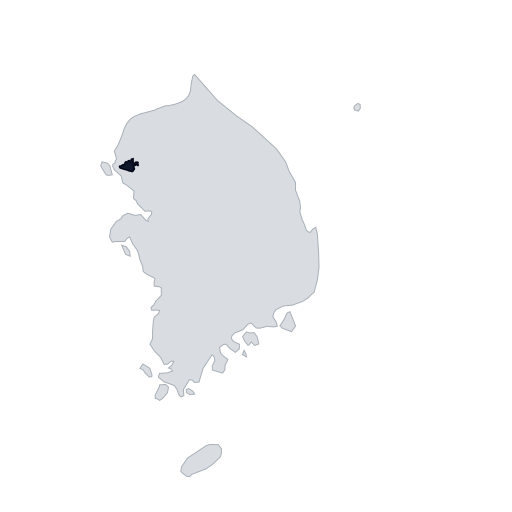 Goyang-si, Gyeonggi, South Korea shown in context, rotated 343°
{"feature_id": "91817680B27371207272645", "entity_name": "Goyang-si", "entity_type": "district", "adm_level": 2, "iso_a3": "KOR", "parent_name": "South Korea", "parent_adm1": "Gyeonggi", "projection": "robinson", "projection_center": [126.873, 37.651], "detail": "fine", "context": "in_parent", "style": "filled", "palette": "ink", "viewbox_px": 512, "rotation_deg": 343, "n_neighbors": 0, "source": "geoboundaries", "source_scale": "gbopen_adm2", "svg_char_len": 4077}
<svg xmlns="http://www.w3.org/2000/svg" viewBox="0 0 512 512"><g transform="rotate(343 256 256)"><path d="M149.2,123.8L151.0,122.5L151.1,120.6L151.1,114.3L156.2,109.9L163.5,101.0L167.0,96.0L171.1,91.5L175.8,88.4L180.4,86.9L187.6,86.3L201.5,86.9L204.2,86.4L213.8,85.9L216.1,86.7L223.1,87.2L230.9,86.7L234.8,85.3L238.4,83.1L241.5,79.0L244.8,71.5L248.2,65.5L250.3,64.4L264.6,96.0L278.4,116.4L290.1,131.2L306.9,159.6L311.9,174.9L312.4,184.3L315.3,197.2L313.0,204.7L313.8,216.4L312.8,222.4L310.8,226.8L310.8,235.3L311.5,239.9L311.7,245.9L313.0,248.3L314.9,249.2L317.9,247.0L321.6,246.0L321.0,253.3L316.7,271.7L313.0,285.1L307.8,296.7L301.1,307.4L293.0,311.5L287.3,313.0L276.5,313.6L267.4,311.8L259.7,313.1L256.6,315.3L254.3,319.1L256.0,325.0L255.8,329.4L252.5,329.1L245.9,326.5L238.6,326.2L235.2,324.9L231.7,318.7L228.2,318.9L222.1,322.6L212.8,323.4L209.5,325.4L208.3,328.0L209.7,331.3L214.4,335.6L212.9,340.0L208.0,342.1L204.0,336.8L201.5,331.5L198.8,331.2L194.5,332.7L193.6,338.4L195.6,342.3L198.9,346.7L194.3,351.9L193.1,355.6L189.8,358.2L180.9,352.3L182.1,348.2L186.0,344.2L186.5,340.0L185.2,337.5L172.5,348.0L164.6,359.9L160.4,359.1L158.6,356.0L156.2,354.8L147.6,362.4L146.1,368.5L142.9,368.8L141.6,366.2L141.5,360.7L140.0,356.0L131.2,349.3L127.2,343.3L129.4,340.0L136.7,341.8L142.6,341.6L141.4,338.8L139.5,337.5L143.4,335.9L146.6,332.6L144.0,331.8L139.9,333.6L136.4,332.7L135.1,325.0L131.0,317.0L128.8,309.3L132.9,304.9L135.0,298.0L138.9,288.0L140.8,284.8L146.0,282.5L147.9,279.9L145.0,278.6L140.4,277.4L140.5,274.5L143.7,273.0L147.2,269.8L154.0,265.9L156.1,258.7L154.1,256.8L149.9,255.1L150.8,251.4L152.6,248.6L151.9,246.9L146.9,242.2L143.6,237.9L144.6,233.0L143.9,225.5L144.3,219.3L144.1,215.9L141.7,208.3L140.6,200.6L137.4,201.8L134.8,203.7L125.5,201.0L122.6,200.8L121.5,195.1L124.8,188.1L132.7,182.0L137.2,181.2L140.6,178.5L145.9,177.6L152.2,181.8L158.0,182.7L161.1,189.9L163.1,191.4L163.5,188.8L168.1,185.7L169.2,183.3L168.2,182.0L162.9,180.7L158.1,171.8L157.5,167.9L155.7,165.4L158.3,158.2L152.8,150.0L150.1,147.5L150.5,140.1L147.7,135.4L146.1,132.9L145.1,128.4L145.9,126.5L148.4,125.7L149.2,123.8ZM130.7,446.0L128.1,447.6L125.6,446.6L124.9,445.9L121.9,441.8L121.2,439.7L123.2,435.8L131.4,429.2L152.6,422.9L156.4,422.7L164.8,425.4L166.6,430.4L165.1,434.8L163.1,437.7L153.4,442.6L145.8,445.0L130.7,446.0ZM273.4,334.5L267.8,338.8L260.3,333.0L258.5,329.7L264.2,325.0L269.0,319.6L272.2,319.2L273.4,334.5ZM233.5,334.0L232.9,340.9L228.7,341.2L226.2,336.8L223.6,338.9L222.2,339.0L220.1,333.4L219.7,329.1L224.6,325.8L227.6,327.8L231.9,328.8L233.5,334.0ZM125.3,364.8L121.6,365.9L119.4,363.4L118.0,362.8L118.8,359.6L125.0,353.3L126.2,351.1L131.9,352.4L134.0,355.8L131.4,360.8L125.3,364.8ZM142.6,127.0L142.3,136.3L139.1,135.9L136.9,135.0L136.0,133.2L133.8,124.5L136.3,121.0L141.0,123.8L142.6,127.0ZM121.8,339.2L121.0,341.0L118.4,340.4L115.8,335.6L114.7,331.7L112.1,329.6L116.3,326.2L121.6,332.3L121.8,339.2ZM136.5,214.8L135.6,219.4L131.8,216.4L130.7,206.4L134.7,209.3L136.5,214.8ZM398.9,145.3L396.3,147.4L393.1,145.3L392.7,143.0L394.3,141.1L398.1,139.9L399.9,141.6L398.9,145.3ZM156.0,366.7L157.0,370.0L152.3,369.4L149.7,366.2L150.1,363.4L152.9,363.0L156.0,366.7ZM217.8,347.5L217.2,349.7L214.2,346.3L217.1,342.7L217.8,347.5Z" fill="#d9dde1" stroke="#a8b0b8" stroke-width="1"/><path d="M159.0,137.2L160.5,138.0L161.4,138.6L162.3,139.1L163.1,138.9L163.8,138.4L164.1,138.0L164.3,137.7L165.0,137.5L165.3,136.7L165.2,135.8L165.3,134.2L165.9,134.0L167.2,134.0L167.8,133.4L168.2,133.3L168.7,134.2L169.5,135.0L170.0,134.6L170.0,133.4L170.0,132.5L170.5,132.1L170.4,131.9L170.2,131.6L169.4,131.5L168.9,131.1L168.0,131.1L167.3,131.6L167.1,132.3L166.6,132.5L165.8,132.5L165.4,132.0L165.6,131.5L165.8,130.9L166.1,129.9L166.9,127.0L166.1,127.0L165.1,127.0L164.5,127.7L164.1,128.7L163.2,128.5L162.5,127.6L161.6,127.6L161.1,128.4L160.1,128.5L159.3,127.8L158.6,128.0L157.8,128.8L157.4,129.9L156.2,129.9L154.9,129.8L153.4,130.5L151.9,130.2L151.6,130.5L151.6,131.1L151.8,132.1L154.5,134.0L156.7,135.4L157.3,135.7L159.0,137.0L159.0,137.2Z" fill="#0f172a" stroke="#020617" stroke-width="1.5"/></g></svg>